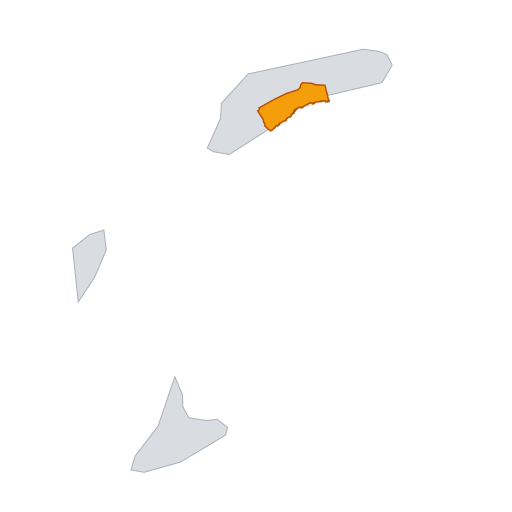 Oichili-Dimani, Andjazîdja, Comoros (highlighted), rotated 74°
{"feature_id": "10938185B16841428111903", "entity_name": "Oichili-Dimani", "entity_type": "district", "adm_level": 2, "iso_a3": "COM", "parent_name": "Comoros", "parent_adm1": "Andjazîdja", "projection": "equal_earth", "projection_center": [43.406, -11.657], "detail": "fine", "context": "in_parent", "style": "filled", "palette": "amber", "viewbox_px": 512, "rotation_deg": 74, "n_neighbors": 0, "source": "geoboundaries", "source_scale": "gbopen_adm2", "svg_char_len": 5108}
<svg xmlns="http://www.w3.org/2000/svg" viewBox="0 0 512 512"><g transform="rotate(74 256 256)"><path d="M144.0,268.2L138.8,273.0L113.9,252.1L99.7,247.2L78.8,213.3L86.8,95.9L93.5,80.8L98.5,74.7L110.1,72.5L124.1,87.2L120.4,162.7L139.1,213.6L151.0,253.8L144.0,268.2ZM419.6,334.3L433.2,385.0L433.1,423.1L427.2,435.2L415.0,427.4L392.5,397.0L349.7,367.3L369.3,364.9L380.8,367.9L393.0,365.2L400.7,348.5L402.2,338.5L412.9,330.6L419.6,334.3ZM232.0,417.1L251.2,439.5L197.9,430.2L189.5,410.0L189.1,395.1L209.0,398.3L232.0,417.1Z" fill="#d9dde1" stroke="#a8b0b8" stroke-width="1"/><path d="M110.9,142.6L107.9,151.3L105.4,154.8L102.3,163.7L103.9,166.0L106.0,166.9L107.8,169.8L108.1,181.5L110.5,195.3L114.5,212.3L114.8,212.1L115.4,212.0L115.5,212.1L116.2,212.5L116.4,212.8L116.5,213.0L116.6,213.3L116.8,213.8L116.9,214.4L126.3,211.6L127.0,211.6L127.3,211.5L127.5,211.5L129.2,211.7L129.5,211.7L130.5,211.3L130.9,211.3L131.7,211.2L131.8,211.2L132.3,211.6L133.9,211.4L134.4,211.2L134.7,210.9L134.9,210.4L135.2,210.2L135.4,210.1L135.8,210.2L136.3,209.8L136.6,209.6L136.9,209.7L138.9,208.2L139.8,207.4L139.8,207.2L139.6,206.7L139.5,206.3L139.4,206.2L139.2,205.1L139.2,204.8L139.0,204.6L138.9,204.7L138.7,204.3L138.4,204.0L138.3,203.7L138.0,203.5L137.9,203.3L138.1,202.9L137.9,202.8L137.9,202.5L137.2,201.8L137.2,201.7L136.9,201.2L136.7,201.3L136.5,201.1L136.5,200.6L136.7,200.3L136.6,200.1L136.9,199.7L136.7,199.6L136.8,199.5L136.7,199.2L136.8,198.9L136.5,197.9L136.1,197.5L136.1,197.4L135.9,197.5L135.9,197.4L135.7,197.4L135.7,197.2L135.4,197.0L135.2,197.1L135.0,196.8L134.9,196.5L135.0,195.9L134.9,194.9L134.7,194.7L134.6,194.4L134.5,194.1L134.5,193.7L134.3,193.5L134.2,193.0L133.9,192.2L133.9,191.8L134.1,191.6L134.2,191.3L134.2,191.2L134.2,190.8L134.2,190.7L133.9,190.2L133.7,190.2L133.7,189.8L133.8,189.7L133.6,189.6L133.6,189.4L133.4,189.4L133.3,189.1L133.2,189.0L132.9,189.1L132.9,188.9L132.6,188.6L132.5,188.4L132.3,188.4L132.2,188.3L132.1,188.1L132.0,187.8L131.9,187.8L131.9,187.7L131.7,187.3L131.7,187.0L131.8,186.5L131.7,186.2L131.8,185.9L131.7,185.7L131.9,185.6L132.0,185.3L131.9,185.1L131.8,184.9L131.5,184.7L131.3,184.5L131.3,184.3L131.3,184.2L131.2,184.0L131.2,183.6L130.9,183.6L130.3,183.3L130.2,183.3L130.1,183.1L129.9,182.8L129.7,182.5L129.5,182.3L129.4,182.2L129.6,182.1L129.6,181.9L129.4,181.8L129.3,181.6L129.3,181.4L129.3,181.2L129.2,181.3L129.1,180.9L128.9,180.8L128.5,181.0L128.4,180.9L128.4,180.7L128.3,180.3L128.4,180.1L128.2,180.1L128.1,179.8L127.9,179.8L127.8,179.4L127.4,179.7L127.1,179.5L126.9,179.6L126.8,179.4L126.7,179.2L126.9,179.1L126.8,178.9L126.9,178.4L126.7,178.4L126.8,178.3L126.7,178.3L126.6,178.2L126.6,177.8L126.4,177.8L126.4,177.6L126.1,177.7L126.1,177.4L125.9,177.5L125.9,177.4L125.9,177.2L126.0,177.0L126.0,176.9L126.1,176.6L125.9,176.5L126.0,176.4L125.9,176.3L125.6,175.7L125.3,175.5L125.2,175.5L125.2,175.2L125.2,175.3L125.3,175.3L125.2,175.0L125.3,174.8L125.2,174.6L125.2,174.4L124.8,174.1L124.8,173.9L125.0,173.7L125.0,173.4L124.9,173.2L125.0,173.1L125.1,172.9L125.3,172.9L125.4,172.7L125.2,172.3L125.2,172.2L125.4,172.0L125.5,171.9L125.6,172.0L125.6,171.7L125.8,171.7L126.0,171.5L125.9,171.4L126.0,171.2L126.2,170.9L125.9,170.8L126.0,170.6L125.9,170.4L125.8,170.5L125.7,170.4L125.8,170.1L125.7,169.9L125.8,169.8L125.6,169.4L125.4,169.4L125.4,169.0L125.3,168.9L125.3,168.6L125.2,168.4L124.9,168.2L124.8,167.9L124.8,167.7L125.1,167.6L125.0,167.2L125.0,166.9L124.9,166.8L124.9,166.7L124.8,166.4L124.6,166.2L124.5,165.8L124.6,165.6L124.6,165.4L124.4,165.2L124.5,165.0L124.4,164.9L124.5,164.8L124.4,164.8L124.4,164.4L124.3,164.2L124.2,164.0L124.2,163.8L124.3,163.8L124.3,163.7L124.1,163.5L124.1,163.2L123.9,163.0L123.9,162.8L124.0,162.8L124.0,162.7L123.8,162.4L123.7,162.2L123.6,161.9L123.8,161.6L123.8,161.4L124.0,161.3L124.0,161.1L123.9,160.9L124.1,160.7L124.3,160.7L124.6,160.5L124.9,160.4L125.0,160.3L124.9,160.1L125.1,160.1L125.2,159.9L125.3,159.8L125.2,159.6L125.3,159.6L125.5,159.6L125.5,159.3L125.2,159.3L125.4,159.2L125.3,158.9L125.1,158.8L124.9,158.8L124.8,158.7L124.8,158.4L124.7,158.3L124.8,158.2L124.7,158.2L124.9,158.1L124.9,157.9L124.8,158.0L124.8,157.9L125.0,157.8L124.8,157.7L124.7,157.5L124.5,157.0L124.4,156.7L124.6,156.3L124.6,156.1L124.6,155.6L124.6,155.4L124.6,155.2L124.7,154.8L124.6,154.7L124.7,153.9L124.8,153.9L124.8,153.7L124.9,153.3L125.1,153.1L125.1,152.9L125.2,152.7L125.1,152.3L125.2,152.2L125.2,151.9L125.1,151.7L125.3,151.6L125.4,151.3L125.4,151.2L125.2,151.1L125.3,150.9L125.5,150.8L125.4,150.7L125.5,150.7L125.5,150.4L125.5,150.2L125.4,150.3L125.3,150.1L125.4,149.9L125.4,149.6L125.4,149.4L125.6,148.9L125.6,148.7L125.6,148.4L125.5,148.0L125.4,147.8L125.7,147.4L125.7,147.2L126.0,147.1L126.1,146.9L126.3,146.9L126.6,146.9L126.6,147.0L126.8,146.9L126.7,146.8L126.7,146.7L126.8,146.8L127.0,146.6L127.0,146.4L127.0,146.2L126.8,145.9L126.9,145.7L127.0,145.4L126.9,145.3L127.1,145.2L126.8,144.9L126.8,144.5L127.0,144.3L127.2,144.0L127.2,143.9L127.1,143.7L127.3,143.5L127.4,143.4L127.5,143.4L127.6,143.5L127.6,143.4L127.5,143.2L127.3,142.8L123.0,143.3L121.8,143.0L116.0,142.9L110.9,142.6Z" fill="#f59e0b" stroke="#b45309" stroke-width="1.5"/></g></svg>